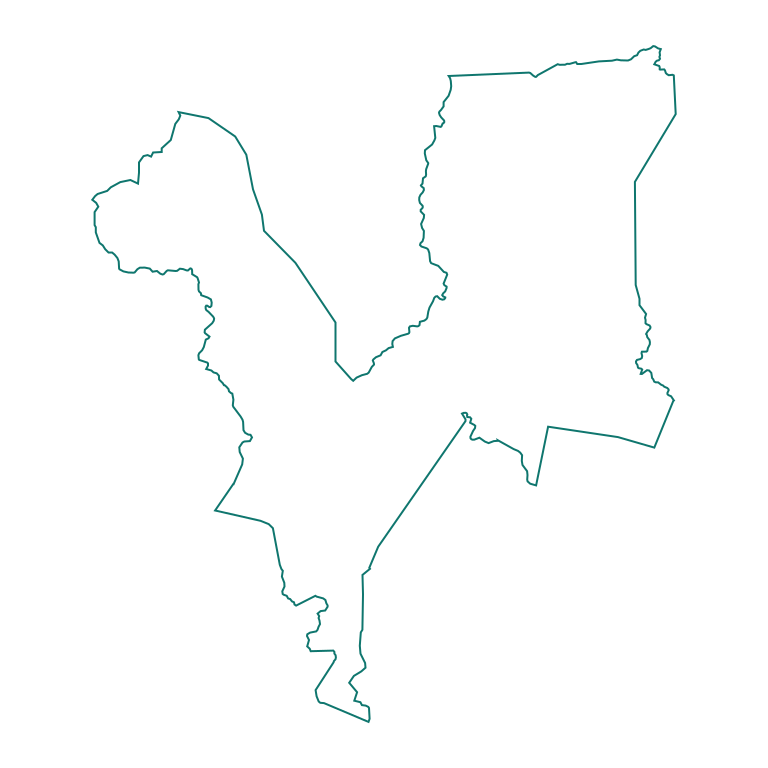 Central Forest Reserve, Soufrière, Saint Lucia (orthographic projection)
{"feature_id": "8701671B48782263961868", "entity_name": "Central Forest Reserve", "entity_type": "district", "adm_level": 2, "iso_a3": "LCA", "parent_name": "Saint Lucia", "parent_adm1": "Soufrière", "projection": "orthographic", "projection_center": [-60.974, 13.868], "detail": "fine", "context": "isolated", "style": "outline", "palette": "teal", "viewbox_px": 768, "rotation_deg": 0, "n_neighbors": 0, "source": "geoboundaries", "source_scale": "gbopen_adm2", "svg_char_len": 6059}
<svg xmlns="http://www.w3.org/2000/svg" viewBox="0 0 768 768"><path d="M424.8,153.4L426.3,160.3L428.2,163.0L428.2,163.7L426.2,169.1L425.9,171.0L426.1,174.7L425.7,176.4L423.0,178.3L422.5,183.6L420.9,185.4L421.5,186.4L423.7,188.1L423.9,190.0L422.7,192.4L420.5,194.8L419.3,197.4L419.2,200.0L419.9,202.9L422.6,205.8L422.8,207.0L422.4,208.1L420.7,209.8L420.7,211.4L424.1,214.9L423.8,218.0L421.1,224.0L422.1,228.0L423.9,230.9L423.6,237.8L422.5,241.3L420.5,243.2L420.0,245.0L421.4,246.5L426.7,248.3L428.1,249.5L429.3,253.0L430.1,261.2L431.2,263.2L438.3,265.9L443.8,271.9L446.5,272.8L447.2,274.6L443.6,283.6L444.4,285.2L446.6,286.6L446.6,287.9L445.2,291.4L443.2,293.3L442.2,295.1L443.2,296.4L445.3,297.4L445.2,298.1L444.2,299.3L442.4,299.7L439.8,298.8L437.2,296.2L435.6,296.5L434.3,297.8L433.0,301.3L429.5,307.6L428.3,311.5L427.3,317.6L426.4,319.1L424.4,320.6L419.9,321.8L419.5,325.1L418.4,326.1L417.2,326.4L412.8,325.8L409.9,326.4L409.0,327.8L409.4,332.1L409.0,333.1L408.2,333.7L400.9,335.8L394.9,338.4L392.6,341.1L392.3,344.0L392.9,346.9L388.6,348.1L386.0,350.3L382.4,352.0L380.6,355.3L376.0,357.2L373.4,359.4L372.8,360.4L373.9,363.3L374.0,364.6L371.8,366.9L368.7,372.6L367.2,373.8L361.9,375.2L356.6,377.6L353.2,380.8L351.1,379.0L335.5,361.5L335.5,322.5L295.4,262.8L264.0,230.8L261.9,214.6L253.0,189.3L246.3,154.7L235.2,136.5L208.5,118.1L178.6,112.1L180.3,115.6L178.8,119.3L175.3,123.9L170.8,140.0L161.7,148.3L161.7,152.0L153.1,152.5L151.1,156.6L147.6,155.1L143.5,156.1L139.0,162.4L139.0,172.7L138.0,183.6L130.4,180.0L120.3,182.1L110.8,187.3L107.2,190.9L97.6,194.0L95.1,196.1L92.3,199.8L96.2,202.9L98.3,206.7L94.6,212.1L94.6,225.1L95.8,227.2L95.8,232.4L99.5,242.9L102.8,245.4L105.2,249.2L108.5,252.5L112.1,252.5L114.6,254.6L117.4,258.0L118.7,261.4L119.1,268.5L119.5,269.3L123.4,271.4L128.4,272.5L133.7,272.7L134.7,272.4L137.4,269.2L139.8,267.7L144.8,267.6L149.8,268.6L152.6,271.7L157.0,271.0L160.3,273.7L162.5,274.5L163.7,274.2L166.7,270.9L167.9,270.3L175.7,271.0L177.2,270.8L179.9,268.7L183.1,269.1L186.6,270.4L187.9,270.5L190.3,268.4L191.1,268.6L191.8,269.3L192.1,270.5L192.2,274.2L197.1,277.2L197.6,278.1L199.0,282.5L198.4,284.2L198.5,289.8L199.0,291.4L200.9,293.2L201.2,295.2L207.6,297.5L210.9,299.4L211.7,302.6L211.4,305.9L210.2,307.1L209.2,307.0L207.3,305.7L206.2,305.7L205.6,306.7L205.7,308.8L206.3,310.1L208.6,311.9L213.2,316.7L214.1,318.4L214.0,319.5L213.7,320.8L212.2,323.2L204.9,329.7L204.6,332.3L205.1,333.2L209.5,336.6L208.5,338.3L205.8,339.6L203.8,347.1L202.1,350.3L199.1,353.3L198.4,355.2L198.8,359.3L199.2,359.9L207.3,362.6L208.0,363.4L208.0,365.6L206.2,369.0L211.4,370.5L213.5,372.4L216.7,373.3L218.9,375.7L219.1,379.5L222.8,383.2L223.9,385.1L224.5,385.1L226.4,386.7L228.5,389.1L229.0,391.3L230.9,393.0L232.3,393.6L233.4,399.7L232.8,405.3L233.3,406.8L240.6,416.5L242.5,419.7L243.1,421.9L243.5,430.2L245.1,432.8L248.3,434.6L250.5,434.8L252.0,437.4L249.9,441.1L244.3,441.5L242.5,442.5L239.3,447.3L239.7,452.0L242.9,458.6L242.2,464.4L233.6,484.1L233.3,484.0L215.1,510.5L260.5,520.8L268.7,524.1L272.9,528.2L279.8,564.8L281.4,569.0L282.8,570.8L281.9,576.6L284.3,582.8L284.5,586.5L282.3,591.3L282.7,594.0L283.6,594.7L286.7,595.8L288.1,598.4L290.2,599.1L292.0,601.4L294.0,602.3L294.5,604.5L296.1,605.6L315.4,595.8L316.6,596.6L323.2,598.4L325.4,600.0L326.4,603.4L327.6,605.4L327.6,606.7L325.2,610.5L320.6,611.1L317.6,613.6L319.2,616.1L318.6,618.0L319.5,620.6L320.0,624.1L318.6,626.7L317.5,629.9L316.2,631.4L310.1,632.6L307.3,634.3L307.0,636.0L309.0,640.0L307.2,646.4L309.7,648.7L310.7,651.2L333.3,650.6L334.4,651.9L334.4,653.6L335.6,655.2L335.9,657.4L335.5,659.3L333.9,661.1L333.6,662.3L315.6,690.1L316.6,696.3L318.7,701.5L320.3,702.8L324.0,703.1L368.5,721.9L369.6,718.8L369.0,708.0L368.3,706.9L365.7,705.6L361.9,705.1L360.4,702.2L354.3,700.7L357.1,692.2L349.2,682.8L353.9,675.9L361.3,671.4L365.5,667.7L365.1,663.0L360.5,653.7L359.8,645.8L360.8,632.4L362.4,629.8L363.0,594.4L362.5,574.9L370.0,568.8L369.3,567.8L378.2,546.7L465.5,421.1L465.5,419.3L462.0,413.6L463.6,412.9L465.7,412.8L466.6,413.2L467.3,414.4L467.0,415.5L467.3,417.0L470.1,417.3L471.3,418.8L470.1,422.7L474.4,425.0L475.3,425.9L475.0,428.1L473.1,430.9L470.4,436.7L470.5,438.2L471.3,439.2L472.4,439.7L474.2,439.7L479.4,437.7L484.9,441.6L488.6,443.1L493.8,441.1L498.1,440.8L497.9,440.3L513.7,449.1L518.0,450.9L520.2,452.6L522.1,455.2L521.8,460.9L522.5,465.0L527.1,471.2L527.5,475.1L527.2,479.6L527.6,481.4L530.2,483.7L536.1,485.4L548.1,426.7L618.0,437.1L654.3,447.6L673.3,400.9L673.9,400.5L671.1,396.3L668.4,395.1L667.5,394.2L667.4,393.0L668.7,390.1L668.5,389.3L667.3,388.0L664.2,386.7L663.2,385.6L661.1,384.7L658.2,382.4L655.6,382.3L654.2,381.6L653.2,379.2L652.1,378.0L651.3,372.9L649.1,370.5L647.0,370.2L641.9,374.0L640.7,373.9L642.2,369.5L641.3,368.7L638.8,368.2L638.0,367.6L637.4,364.9L636.1,363.0L636.0,361.4L637.0,359.9L640.2,359.1L641.8,358.0L642.2,356.0L641.5,353.1L641.9,351.7L646.5,351.6L647.3,350.9L647.9,348.1L649.8,344.3L649.9,342.1L649.4,339.9L647.3,337.2L646.8,335.0L646.1,334.0L647.6,331.4L650.2,328.5L650.5,327.1L649.6,325.5L646.4,324.1L645.5,323.2L645.6,320.0L645.0,317.7L646.1,314.0L639.5,305.2L639.5,298.8L635.7,285.0L634.9,181.9L675.7,114.1L673.8,75.4L672.6,74.8L668.7,75.2L666.9,74.1L665.8,73.0L665.0,70.4L664.2,69.4L660.1,69.6L659.7,69.4L659.7,67.2L659.2,66.0L654.3,64.3L655.7,61.7L657.1,60.6L658.8,60.3L660.0,58.8L659.4,56.9L660.0,55.3L659.6,52.3L660.8,49.1L658.1,48.4L655.0,46.4L653.2,46.1L650.6,48.2L648.6,49.0L645.7,49.9L643.7,49.5L640.3,50.8L638.4,52.6L637.1,55.2L634.2,56.2L631.0,59.3L628.0,60.5L620.8,60.3L616.9,59.6L612.0,60.7L598.9,61.4L581.3,64.0L577.2,64.0L576.1,62.2L575.5,62.2L569.6,63.9L567.1,63.8L565.1,64.7L559.6,64.8L557.7,64.2L537.8,75.1L536.2,76.8L535.3,76.9L533.3,75.7L530.3,73.0L529.0,72.6L448.7,76.0L450.1,78.2L450.8,81.0L451.2,86.2L450.7,89.8L448.6,95.8L443.6,102.1L443.6,106.4L441.0,110.0L439.4,111.6L439.0,112.8L439.7,115.1L441.2,117.4L444.1,120.5L444.3,122.0L443.5,123.2L442.7,123.4L441.4,126.4L440.7,126.9L436.2,126.0L434.1,126.2L435.3,137.9L434.4,140.4L432.1,144.5L425.0,150.2L424.8,153.4Z" fill="none" stroke="#0f766e" stroke-width="2"/></svg>